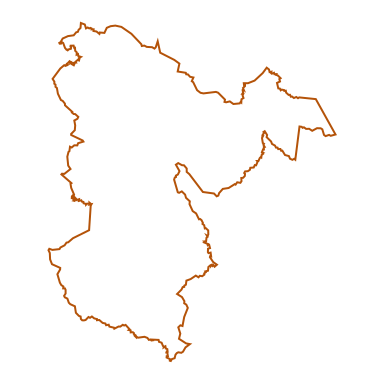 Na Klang, Nong Bua Lam Phu, Thailand (orthographic projection)
{"feature_id": "78962969B44929961465938", "entity_name": "Na Klang", "entity_type": "district", "adm_level": 2, "iso_a3": "THA", "parent_name": "Thailand", "parent_adm1": "Nong Bua Lam Phu", "projection": "orthographic", "projection_center": [102.242, 17.313], "detail": "fine", "context": "isolated", "style": "outline", "palette": "amber", "viewbox_px": 384, "rotation_deg": 0, "n_neighbors": 0, "source": "geoboundaries", "source_scale": "gbopen_adm2", "svg_char_len": 5791}
<svg xmlns="http://www.w3.org/2000/svg" viewBox="0 0 384 384"><path d="M315.8,99.1L299.2,97.4L298.0,98.2L296.3,97.0L293.9,98.0L292.0,96.5L290.8,96.7L290.0,94.8L288.6,94.9L286.1,92.6L285.8,90.7L284.3,90.9L284.1,90.1L281.7,89.6L280.7,90.3L279.9,88.6L278.3,88.4L277.0,82.9L280.0,81.5L279.3,79.1L280.6,78.2L277.7,75.4L276.1,74.9L276.4,74.1L274.4,74.2L274.0,72.8L271.8,73.7L271.1,73.1L271.4,71.7L269.6,72.1L269.0,69.5L266.7,67.7L262.7,73.1L254.6,80.6L248.0,83.2L243.8,83.2L244.1,85.7L245.0,85.3L245.0,86.1L243.0,88.0L243.8,90.0L243.1,89.5L242.6,90.0L243.1,92.6L242.3,93.8L243.3,93.8L242.6,95.6L243.5,98.0L241.5,99.3L241.3,102.4L240.7,101.8L239.7,103.4L233.4,104.0L229.8,101.4L226.1,102.3L224.5,101.9L225.0,99.6L218.1,92.7L215.9,91.9L203.5,93.4L200.5,92.8L197.1,90.2L193.2,82.2L191.8,81.2L193.4,77.5L190.1,76.8L187.9,74.4L186.2,74.3L185.8,72.8L177.7,71.5L179.4,63.6L174.3,59.9L160.2,52.7L157.7,41.3L155.7,47.4L154.5,48.6L152.1,47.2L146.8,46.9L144.3,45.6L141.8,46.0L141.3,44.2L131.4,33.8L121.4,26.9L115.3,25.6L110.6,26.2L106.8,27.8L104.4,32.9L99.8,32.5L99.4,33.9L96.5,31.5L93.5,31.0L93.6,29.3L91.5,29.4L91.6,28.5L90.5,27.9L89.2,28.4L87.7,27.5L86.0,28.4L84.8,24.5L80.9,23.0L80.5,28.0L78.6,29.8L77.9,31.8L76.2,32.3L73.7,35.3L68.0,36.1L62.7,38.5L60.6,42.1L59.3,42.9L59.7,43.7L61.0,43.7L62.1,42.3L63.2,43.0L65.0,47.9L66.5,49.7L67.6,49.6L67.1,50.9L68.8,49.3L70.9,48.8L71.3,46.3L70.5,46.3L70.6,45.7L73.6,45.6L74.3,48.0L75.0,47.8L75.2,50.8L76.8,52.4L76.6,54.7L78.0,54.1L78.3,56.0L80.9,56.9L78.8,58.1L78.8,58.9L79.5,58.6L79.0,60.5L77.7,59.9L75.5,61.8L76.0,62.6L73.6,62.9L74.5,63.7L73.8,65.3L71.4,63.9L71.3,62.4L70.3,63.0L70.5,61.9L69.6,61.2L67.0,64.0L65.9,63.7L67.4,64.6L66.5,64.9L66.9,65.3L65.4,65.9L64.2,65.2L60.3,68.5L52.6,78.9L54.4,81.7L54.3,83.7L55.5,84.6L55.5,86.8L56.9,88.0L57.9,93.7L60.9,100.0L62.7,100.9L64.9,103.6L65.0,105.3L72.3,111.9L71.9,112.5L73.7,114.0L75.2,114.1L78.3,116.9L77.4,118.8L74.3,120.5L75.2,125.4L74.8,130.2L71.1,134.0L71.2,135.0L82.7,140.5L83.4,141.6L78.1,143.2L77.3,145.4L74.3,145.3L71.7,147.5L70.0,146.7L69.4,151.2L68.5,151.9L67.3,156.7L68.2,165.6L70.5,169.0L64.3,173.9L62.0,173.7L61.4,174.4L71.4,183.1L70.5,183.7L71.2,187.9L74.1,194.7L73.7,195.8L72.8,195.4L71.9,196.4L71.8,198.1L73.2,198.0L73.6,197.0L74.1,198.5L73.2,199.0L74.4,200.3L73.8,200.7L74.6,200.9L75.5,199.4L76.2,199.8L76.0,198.7L77.1,199.9L79.1,199.2L79.0,200.9L81.3,200.3L82.0,201.7L83.4,201.9L83.6,203.3L85.9,203.9L86.0,204.7L86.9,203.7L89.6,203.7L89.5,202.7L90.6,203.6L89.9,204.5L91.5,204.2L90.7,205.7L89.1,230.2L73.0,238.2L68.2,242.3L66.5,242.6L64.6,245.3L60.4,247.5L59.5,249.1L52.4,249.9L49.3,248.8L48.5,250.2L49.8,253.0L50.1,259.4L52.0,264.2L60.2,267.9L60.1,269.5L57.4,274.2L59.9,282.7L61.3,285.1L63.4,286.5L63.2,288.4L64.9,288.4L65.6,289.9L65.6,293.5L64.1,295.9L64.8,297.3L67.4,298.6L68.8,302.7L70.3,304.2L74.9,306.3L75.9,312.8L78.9,315.9L80.6,316.5L80.9,319.0L82.2,320.3L83.9,320.4L85.6,320.0L88.5,317.0L90.0,317.8L91.9,316.5L94.2,318.4L97.0,319.1L97.0,320.2L99.3,320.0L102.6,322.9L105.4,323.5L106.1,325.2L108.7,324.7L109.4,326.6L114.0,327.7L114.3,328.7L118.6,326.5L120.3,326.6L122.8,324.8L124.1,325.5L125.6,324.9L129.5,329.2L128.7,330.0L130.6,330.4L130.7,332.4L132.8,332.2L133.9,333.1L133.8,334.0L135.4,335.2L134.7,335.8L136.3,337.4L136.5,336.7L138.0,337.7L144.5,336.8L147.4,337.9L148.9,339.9L150.3,339.5L151.4,340.5L152.8,340.3L152.4,339.6L158.6,339.9L159.0,341.8L161.6,342.7L163.0,346.0L163.9,346.4L163.7,347.4L165.4,346.3L165.8,348.5L167.3,349.1L167.6,351.6L166.7,351.6L166.4,352.5L167.3,352.6L167.9,356.1L166.7,356.2L166.6,357.5L169.8,359.0L169.8,360.7L170.8,361.0L171.9,359.1L174.6,358.2L175.5,354.7L176.8,353.1L178.3,352.3L181.3,352.8L183.0,351.7L185.5,347.4L189.9,344.1L186.1,343.4L179.0,338.8L180.3,333.6L178.3,327.3L180.4,325.3L182.5,326.0L184.2,317.0L187.8,307.9L186.3,304.6L184.2,303.3L184.4,301.2L182.0,297.1L177.1,294.0L181.5,289.6L182.7,287.1L184.2,286.9L184.3,285.6L185.9,284.7L186.4,280.6L190.6,279.1L195.8,275.6L198.5,277.3L199.8,275.8L202.2,276.2L204.4,274.6L204.2,273.4L205.8,272.2L205.3,271.4L208.0,270.7L208.4,267.0L210.5,265.2L211.4,264.9L211.3,265.6L212.0,264.8L212.6,265.9L213.4,265.1L214.6,266.7L216.9,264.7L213.2,262.1L209.9,257.1L210.3,255.9L211.1,256.2L210.6,252.6L208.5,253.1L207.9,252.2L208.0,248.7L210.0,248.1L209.1,244.6L208.5,244.2L207.7,245.0L207.4,243.8L204.3,242.5L205.2,241.9L204.5,241.4L206.1,241.2L206.5,237.7L207.6,236.8L206.9,235.6L207.6,236.0L208.3,234.4L208.2,230.4L205.7,228.1L204.8,228.4L204.2,225.2L202.5,223.9L202.9,222.9L201.5,220.1L200.1,219.0L199.0,219.3L196.1,213.4L192.7,211.1L189.5,204.1L189.8,201.3L186.0,197.8L185.1,194.6L181.8,191.4L179.1,192.8L177.8,192.3L174.1,179.6L174.8,177.5L176.0,177.0L175.9,175.6L177.9,174.5L179.5,171.1L175.9,164.7L178.2,163.1L182.0,165.2L184.0,165.3L186.7,168.5L186.7,171.9L189.3,174.1L202.9,192.0L214.0,193.5L216.7,196.3L218.3,195.6L219.1,193.1L222.8,188.9L228.6,188.0L234.8,184.1L235.6,184.6L237.2,182.3L240.4,182.8L241.5,181.2L241.3,178.0L243.1,177.8L244.8,176.0L245.0,173.8L244.2,173.0L245.1,171.4L247.8,171.2L249.9,169.8L250.3,167.8L253.7,167.5L254.8,165.1L256.1,165.3L257.6,161.7L257.1,161.0L258.4,161.0L259.8,158.0L260.7,157.1L261.3,157.5L261.6,155.0L263.0,153.9L262.3,153.0L263.1,152.7L262.0,152.0L263.1,149.3L263.9,149.4L263.8,147.1L264.7,146.9L263.4,144.8L264.0,143.8L262.8,143.0L262.0,138.0L263.1,135.9L262.4,135.7L262.7,134.7L264.2,132.9L263.5,132.0L264.7,131.2L267.1,135.0L266.6,137.1L271.1,141.5L272.0,143.9L275.0,145.6L276.0,147.6L277.5,147.6L278.2,149.1L280.4,149.0L281.2,150.8L282.3,150.6L285.0,155.0L288.9,156.1L290.0,158.7L292.4,159.8L294.2,158.8L295.3,159.7L299.5,126.5L301.7,126.8L302.6,127.8L303.9,127.3L306.1,128.9L309.2,128.8L312.2,130.8L317.0,128.2L320.7,128.3L322.3,129.3L324.0,134.9L325.6,136.1L329.1,134.9L330.7,135.8L335.5,134.5L315.8,99.1Z" fill="none" stroke="#b45309" stroke-width="2"/></svg>